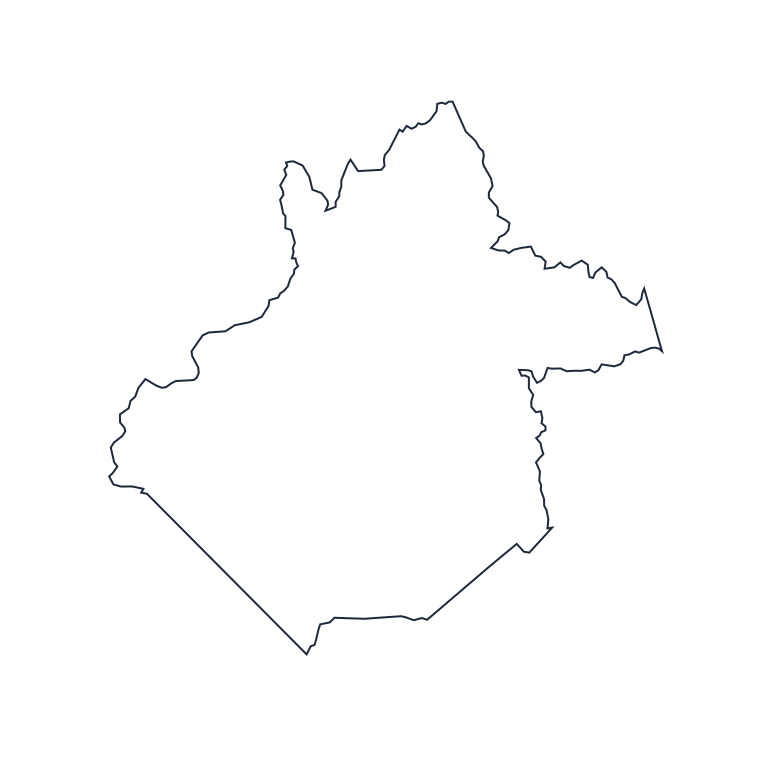 the district of Santo Antônio da Patrulha, Rio Grande do Sul, Brazil, rotated 42°
{"feature_id": "56859067B91421795940540", "entity_name": "Santo Antônio da Patrulha", "entity_type": "district", "adm_level": 2, "iso_a3": "BRA", "parent_name": "Brazil", "parent_adm1": "Rio Grande do Sul", "projection": "orthographic", "projection_center": [-50.578, -29.863], "detail": "fine", "context": "isolated", "style": "outline", "palette": "slate", "viewbox_px": 768, "rotation_deg": 42, "n_neighbors": 0, "source": "geoboundaries", "source_scale": "gbopen_adm2", "svg_char_len": 3153}
<svg xmlns="http://www.w3.org/2000/svg" viewBox="0 0 768 768"><g transform="rotate(42 384 384)"><path d="M507.4,636.7L505.0,627.8L507.0,624.5L504.5,619.2L499.5,610.1L497.4,605.3L503.2,597.5L503.6,590.9L526.4,571.7L551.9,545.3L555.4,543.2L564.2,539.6L568.7,532.6L573.8,530.4L584.4,449.5L589.6,414.0L600.2,415.0L604.8,412.1L605.0,390.8L605.0,378.3L602.1,381.9L596.7,374.6L589.3,369.0L584.5,367.3L579.9,362.4L571.3,357.8L568.6,354.2L563.8,351.7L558.5,344.7L549.4,340.5L549.1,334.8L549.3,329.4L544.4,326.6L540.1,323.3L533.2,322.4L534.2,318.2L533.1,314.6L535.0,310.4L532.5,307.6L527.2,307.7L524.6,303.4L518.8,299.3L515.8,303.3L508.9,302.4L505.2,298.6L502.2,292.3L494.5,290.2L487.3,282.2L483.3,283.2L480.7,285.8L474.8,283.2L482.0,277.3L485.2,275.9L490.0,278.8L496.9,280.7L498.4,277.1L498.9,272.5L494.8,262.6L498.5,260.3L504.7,254.4L511.2,252.3L516.9,246.5L521.7,242.3L527.1,235.9L533.0,234.3L534.1,230.3L532.6,223.8L543.4,216.7L546.5,211.0L546.3,206.8L543.5,201.7L546.5,197.8L548.8,191.8L552.6,190.0L558.2,178.8L561.2,175.5L565.0,173.6L568.6,173.6L560.1,168.3L535.1,152.5L513.5,139.0L515.2,143.7L518.5,148.8L518.6,156.6L512.0,158.4L506.0,158.6L502.4,160.1L488.0,154.6L483.2,154.1L478.8,155.2L474.1,151.8L467.7,151.6L466.5,159.6L468.4,165.3L465.1,167.0L460.8,163.8L455.7,159.0L448.3,160.0L445.2,168.9L444.3,173.4L438.4,176.0L433.7,175.6L432.6,183.3L426.2,190.9L422.2,184.8L415.6,184.4L410.5,187.4L401.2,183.6L395.0,190.9L390.7,197.2L389.0,203.2L384.6,204.0L379.6,208.2L372.5,211.3L372.9,201.6L371.3,198.0L373.5,192.1L373.5,186.5L369.6,180.5L365.2,180.8L355.7,182.9L353.7,179.7L349.6,176.8L337.2,175.4L333.8,171.5L332.2,164.2L325.9,159.6L311.9,155.0L308.6,152.6L305.1,147.2L301.9,144.8L296.7,144.7L290.3,142.4L285.8,141.9L280.8,141.9L275.9,141.7L246.1,128.3L243.2,130.8L242.4,134.6L238.7,136.3L236.1,140.1L240.5,146.1L241.7,157.3L240.5,162.8L238.3,165.9L235.0,167.2L235.4,171.8L233.6,175.9L228.1,177.1L229.0,184.0L225.3,184.6L226.5,189.2L228.1,195.1L231.2,206.7L231.4,213.2L233.8,217.4L238.5,221.6L238.7,226.6L222.3,243.1L209.0,239.7L209.9,244.8L216.0,261.2L220.3,266.0L222.6,271.5L225.1,274.4L226.2,281.0L229.5,284.7L224.6,294.4L222.5,288.1L219.3,285.6L209.9,283.9L200.8,287.5L189.7,279.9L186.2,278.9L177.4,276.1L167.8,279.1L165.2,281.7L163.0,285.0L166.2,286.7L166.5,291.4L171.5,294.1L174.0,305.9L179.5,308.1L182.7,310.7L183.5,316.6L187.9,319.5L194.8,324.7L198.5,325.2L206.4,334.2L212.0,331.6L223.3,338.7L225.4,344.2L228.5,346.3L231.5,352.2L234.2,349.9L237.6,352.4L241.2,353.9L240.9,359.1L243.3,362.5L243.9,368.2L247.3,376.0L247.3,382.2L246.2,385.9L247.5,390.7L242.7,398.4L246.0,403.3L246.7,407.5L248.2,415.9L246.4,419.9L242.7,428.1L233.7,440.3L230.9,450.9L219.3,463.0L216.7,469.1L219.1,488.5L222.8,491.6L234.8,496.0L239.0,499.8L240.6,504.6L239.9,508.4L236.3,512.1L227.3,521.1L225.5,525.8L224.1,532.2L221.4,535.5L216.1,537.5L203.4,540.0L204.1,551.3L207.6,559.9L206.9,566.2L210.5,572.8L208.1,583.3L213.6,589.2L220.3,590.2L223.4,592.3L224.3,597.7L222.5,608.1L223.4,614.0L235.8,622.7L241.1,623.8L242.0,631.6L241.6,636.6L250.2,639.7L257.3,636.1L265.3,628.7L275.3,622.9L276.3,627.2L281.3,624.2L507.4,636.7Z" fill="none" stroke="#1e293b" stroke-width="2"/></g></svg>